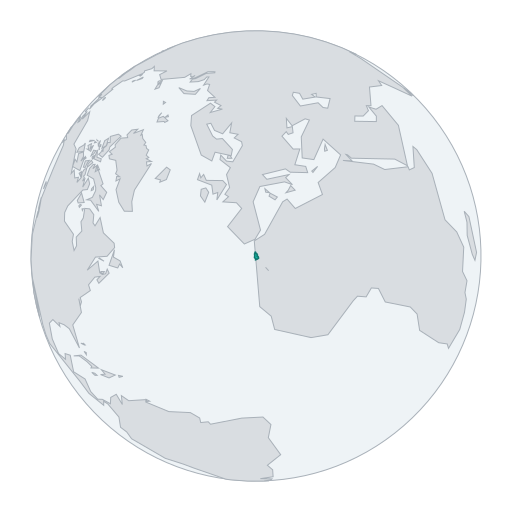 Doukkala - Abda highlighted on a globe, orthographic projection, rotated 319°
{"feature_id": "MAR-1457", "entity_name": "Doukkala - Abda", "entity_type": "Region", "adm_level": 1, "iso_a3": "MAR", "parent_name": "Morocco", "parent_adm1": "", "projection": "orthographic", "projection_center": [-8.625, 32.606], "detail": "fine", "context": "on_globe", "style": "filled", "palette": "teal", "viewbox_px": 512, "rotation_deg": 319, "n_neighbors": 0, "source": "natural_earth", "source_scale": "10m", "svg_char_len": 10326}
<svg xmlns="http://www.w3.org/2000/svg" viewBox="0 0 512 512"><g transform="rotate(319 256 256)"><circle cx="256" cy="256" r="225" fill="#eef3f6" stroke="#a8b0b8"/><path d="M201.8,37.3L194.0,40.0L195.1,40.1L203.5,37.5L206.4,37.1L212.2,35.9L215.0,35.9L209.5,38.3L211.2,38.6L217.0,36.8L223.5,36.2L214.7,38.7L225.1,38.1L217.8,43.3L192.0,52.1L190.5,57.1L170.7,72.5L175.1,71.9L170.4,78.2L173.7,80.1L169.1,83.0L175.8,82.1L179.3,79.1L183.4,77.9L185.7,78.9L180.2,82.5L178.3,82.6L177.9,84.2L174.2,85.7L177.3,85.6L170.4,90.3L180.5,87.3L177.8,92.4L172.3,95.2L168.6,92.6L146.8,94.7L140.1,97.7L134.3,104.0L132.5,119.8L126.8,124.5L122.3,132.5L127.3,130.6L132.7,123.8L140.9,122.9L146.4,115.3L150.6,114.0L158.0,107.7L161.4,111.3L160.7,118.4L154.7,124.1L154.3,127.6L163.6,124.7L156.0,138.4L157.3,153.3L154.8,156.9L143.4,158.5L134.1,151.5L119.3,156.0L133.4,156.1L127.1,166.1L127.9,169.2L130.9,170.7L135.1,168.3L133.9,172.6L119.5,173.5L120.3,169.6L124.9,169.1L120.5,166.2L110.7,167.9L108.3,173.4L96.1,172.0L94.2,176.1L90.5,178.5L94.3,171.9L87.2,184.1L72.5,187.8L62.4,209.6L67.4,188.4L66.1,182.1L63.6,177.1L61.8,180.5L61.0,170.7L56.0,171.1L47.8,185.0L43.0,200.2L44.5,209.0L47.9,204.4L50.7,209.0L42.4,223.7L46.3,236.7L42.3,249.9L42.6,260.2L46.0,263.4L49.2,272.0L53.6,267.4L59.8,268.7L57.7,280.4L62.8,273.0L65.0,281.7L78.6,292.1L77.0,293.9L88.1,316.2L103.7,331.1L107.2,341.3L105.0,345.4L111.2,349.8L111.3,353.1L138.9,369.0L155.6,382.1L156.7,393.0L146.1,401.2L144.3,422.1L127.3,421.4L128.3,428.3L124.1,433.8L113.2,426.9L121.8,434.7L120.2,434.8L114.5,431.0L118.3,434.2L115.0,431.7L101.9,420.3L89.7,408.0L86.8,404.6L69.6,374.6L64.7,365.5L54.8,349.2L42.2,312.3L43.0,304.0L41.4,296.4L46.9,287.6L47.1,270.5L45.7,265.7L43.1,268.8L39.8,250.1L40.9,235.2L42.9,186.6L45.8,177.6L50.0,168.1L72.1,127.3L52.6,160.4L57.1,150.7L64.7,137.3L65.4,136.7L77.1,119.9L84.1,110.8L101.3,93.0L121.1,79.0L115.9,83.4L121.2,80.1L128.1,74.6L131.3,71.9L159.1,57.7L183.4,46.0L186.6,43.3L189.4,43.6L192.6,40.0L200.8,37.6L201.8,37.3ZM58.9,216.0L63.6,237.3L58.0,232.2L59.6,231.6L59.1,224.6L57.0,215.4L52.9,211.8L58.9,216.0ZM67.7,209.6L66.6,206.9L68.1,208.7L67.7,209.6ZM132.3,70.9L127.9,74.6L120.6,80.0L123.9,76.8L132.3,70.9ZM146.6,62.1L145.4,63.4L139.6,66.0L142.1,64.4L146.6,62.1ZM188.3,41.9L184.2,43.5L187.2,42.1L188.3,41.9ZM212.5,35.8L212.7,35.5L215.6,35.1L212.5,35.8ZM155.6,106.3L156.7,107.0L154.8,107.8L155.6,106.3ZM157.7,103.0L154.6,103.4L155.2,101.9L157.1,101.7L157.7,103.0ZM222.5,34.8L227.1,34.4L221.5,35.2L222.5,34.8ZM161.4,102.9L156.6,99.3L157.6,96.8L165.7,94.0L161.4,102.9ZM229.1,34.5L240.3,34.1L241.7,33.3L243.9,35.8L233.7,35.0L226.6,35.9L230.0,34.9L229.1,34.5ZM179.5,77.8L175.8,80.9L176.8,77.5L179.5,77.8ZM179.1,75.9L176.3,68.1L182.9,64.4L182.5,67.5L189.4,62.3L194.0,64.3L191.3,67.6L186.1,69.5L191.8,68.9L179.1,75.9ZM243.3,37.5L245.2,38.0L242.1,38.0L243.3,37.5ZM185.2,77.1L184.0,75.7L189.6,72.3L193.0,74.5L190.1,74.9L185.2,77.1ZM188.9,60.2L193.7,58.3L198.8,59.3L201.3,58.8L194.7,64.0L188.9,60.2ZM190.0,76.2L194.6,75.8L194.0,78.5L186.7,78.3L190.0,76.2ZM189.7,70.5L192.5,69.1L192.1,70.6L189.7,70.5ZM194.5,88.3L193.0,86.3L195.8,84.3L194.5,88.3ZM196.3,75.6L196.5,74.7L197.4,73.7L200.3,74.1L196.3,75.6ZM198.7,64.5L199.8,65.5L201.7,62.4L205.6,63.3L200.4,66.8L204.3,65.7L205.5,66.0L199.9,68.5L198.7,64.5ZM206.0,71.9L200.8,77.1L203.0,81.1L200.5,82.9L197.4,76.3L206.0,71.9ZM202.9,69.6L204.3,71.4L200.5,72.5L197.3,72.1L202.9,69.6ZM210.0,62.8L205.4,60.4L206.7,59.8L210.0,62.8ZM207.3,72.7L208.6,71.5L207.9,72.8L207.3,72.7ZM210.0,65.5L208.2,64.6L209.7,63.9L210.0,65.5ZM212.5,69.8L210.8,71.4L208.6,71.1L212.5,69.8ZM212.0,67.6L214.5,66.8L208.8,70.0L210.9,67.3L212.0,67.6ZM211.8,64.9L212.1,64.2L212.3,65.4L211.8,64.9ZM222.0,70.4L215.4,74.5L210.4,73.6L217.5,69.7L222.0,70.4ZM289.1,33.2L288.9,33.1L268.5,32.0L277.6,32.2L278.3,32.6L283.3,33.2L289.5,33.6L288.5,33.3L312.5,38.7L332.9,44.5L324.8,41.5L340.2,47.0L355.1,53.7L369.4,61.4L383.2,70.1L396.3,79.7L408.6,90.3L420.2,101.8L430.9,114.0L440.7,127.0L449.5,140.7L457.4,155.0L464.1,169.8L460.5,163.0L464.6,175.4L472.6,206.2L477.5,225.0L478.6,237.7L470.5,219.6L463.4,204.1L462.7,209.8L452.5,202.9L441.4,218.0L437.9,214.9L436.2,220.1L428.7,220.7L422.5,215.2L418.9,219.1L435.0,233.5L438.6,229.4L438.9,217.6L442.9,224.0L449.8,225.2L449.2,250.8L429.5,287.2L424.3,273.9L392.2,244.8L391.4,239.6L391.1,239.1L390.5,238.3L390.9,247.2L384.3,240.9L405.0,263.8L409.9,275.2L429.3,288.4L428.2,291.6L433.5,293.1L446.3,276.3L447.1,281.2L443.1,309.1L422.4,352.7L423.3,369.5L418.6,385.6L401.7,403.2L399.0,413.1L389.7,420.7L386.4,426.5L376.5,435.2L361.6,445.1L340.7,452.0L342.6,447.8L337.0,441.3L330.7,419.5L339.5,405.5L339.0,395.7L323.4,375.5L327.1,360.8L322.1,355.8L312.3,359.1L306.2,352.9L299.9,353.6L258.6,362.6L244.0,353.7L221.9,323.7L228.0,311.4L225.6,296.7L264.6,243.5L276.7,245.3L311.7,232.6L316.8,233.4L316.8,245.9L346.5,253.2L351.1,241.3L373.8,241.2L386.2,235.2L383.3,211.8L362.9,221.2L355.2,212.3L368.3,195.8L385.5,188.4L383.1,184.7L368.7,181.4L369.2,172.0L363.4,179.6L368.3,182.2L364.8,187.3L360.1,185.4L360.4,182.0L354.2,182.6L354.2,199.6L359.3,204.0L345.2,212.6L352.3,221.0L349.7,227.0L336.8,215.2L335.4,209.6L314.3,198.8L314.5,205.2L334.4,216.2L329.8,216.3L330.3,226.1L326.2,218.8L304.5,206.1L289.4,213.2L276.4,239.4L266.3,242.7L255.1,239.3L253.8,215.2L276.4,210.7L276.2,203.0L266.5,193.4L274.2,193.2L273.0,189.0L281.0,187.0L287.2,175.2L294.6,172.5L292.1,159.6L295.6,156.7L296.0,165.0L300.3,169.7L318.1,163.8L320.1,160.3L317.0,152.6L322.3,152.4L317.1,145.8L324.9,139.6L311.0,141.9L307.1,134.0L309.0,126.2L305.3,124.2L302.0,137.0L302.9,141.9L307.7,145.3L308.1,160.1L303.1,164.0L293.2,150.8L285.0,155.3L280.9,143.9L292.3,114.9L299.5,107.7L321.9,110.8L323.0,116.3L315.6,117.7L327.0,123.1L323.9,119.4L328.3,119.5L325.6,112.7L328.6,112.5L320.9,106.6L324.3,105.6L329.1,109.3L328.0,99.3L333.6,96.1L331.9,94.0L328.5,92.7L337.9,90.0L336.3,88.6L332.6,88.9L326.8,86.5L320.4,81.5L324.0,80.8L326.8,82.5L338.2,85.5L345.1,90.7L345.9,90.0L340.7,85.4L326.9,81.6L322.0,78.9L328.5,79.8L325.8,79.2L324.5,77.7L326.5,75.7L319.4,74.4L300.2,60.5L302.3,55.9L310.2,57.9L300.6,49.4L303.7,46.2L300.3,46.3L293.4,43.2L292.3,44.1L290.1,43.9L271.8,37.8L270.3,36.4L258.6,35.1L256.8,35.3L257.2,36.2L243.9,35.8L241.7,33.3L245.8,32.8L241.7,32.1L251.7,31.4L258.1,30.9L271.4,31.5L275.3,31.6L273.2,31.4L273.8,31.4L289.1,33.2ZM255.8,270.8L255.9,275.4L255.8,270.8ZM407.1,191.5L415.2,185.8L405.8,175.5L408.1,172.7L404.0,170.5L405.0,174.9L394.2,168.3L395.6,161.8L391.6,156.9L388.7,158.7L387.9,171.9L403.4,181.1L404.0,187.9L407.1,191.5ZM79.1,292.2L80.5,295.8L78.1,294.1L79.1,292.2ZM55.7,236.1L57.4,238.7L57.8,241.8L56.2,240.5L55.7,236.1ZM73.9,255.9L76.6,259.5L73.1,257.8L73.9,255.9ZM64.7,240.4L71.7,253.5L65.1,251.6L60.9,243.5L64.6,246.2L64.7,240.4ZM63.7,215.2L64.5,217.6L63.2,219.2L63.7,215.2ZM68.7,211.1L68.2,210.7L68.5,208.2L68.7,211.1ZM127.9,166.0L129.0,166.1L131.4,168.4L128.9,168.9L127.9,166.0ZM150.2,170.5L147.7,177.5L147.8,172.6L143.8,174.3L139.0,166.6L153.3,158.4L147.7,163.3L150.2,170.5ZM136.5,154.9L137.9,160.2L135.8,154.8L136.5,154.9ZM258.4,169.7L262.8,171.7L262.1,176.9L252.7,181.8L253.5,174.2L258.4,169.7ZM269.1,173.5L261.9,160.0L267.5,156.8L265.6,160.8L270.0,160.1L268.1,166.3L280.4,177.3L280.6,182.7L263.2,188.0L268.8,183.0L264.1,181.1L269.1,173.5ZM233.9,135.9L230.8,131.4L246.8,130.3L247.8,134.7L238.5,139.5L231.8,137.2L233.9,135.9ZM176.7,99.2L174.5,98.6L176.0,97.4L179.1,97.0L176.7,99.2ZM193.5,87.5L187.9,101.2L185.1,101.1L185.1,110.0L177.7,113.2L178.0,107.2L172.3,116.7L169.6,112.5L166.6,119.2L167.8,105.4L165.1,102.5L171.0,104.4L177.8,101.5L179.9,99.3L184.0,91.3L181.6,84.2L188.0,80.7L193.2,80.1L194.7,81.3L190.1,83.1L195.5,83.3L190.0,86.9L193.5,87.5ZM250.0,82.8L243.9,83.1L253.9,86.8L248.4,89.3L249.9,89.6L247.6,93.1L247.3,98.0L244.2,98.7L245.5,100.4L244.0,103.0L244.6,105.6L239.3,107.9L239.7,111.4L237.0,110.6L239.1,116.1L235.1,113.1L232.8,116.5L237.8,117.6L207.5,126.5L197.9,133.5L192.0,141.2L186.0,135.8L187.7,125.4L193.9,114.1L204.0,108.6L199.5,107.5L203.0,104.6L205.1,106.7L204.0,101.8L207.4,100.1L212.9,91.8L209.1,86.5L211.0,83.6L214.2,84.8L213.8,81.1L221.2,81.6L222.7,79.6L231.5,78.5L236.8,82.5L238.1,80.0L244.9,79.4L250.0,82.8ZM224.5,70.2L232.1,73.8L232.8,77.1L217.2,77.8L214.8,79.5L204.8,80.7L204.0,76.0L206.9,76.0L209.5,75.0L208.8,76.9L211.4,74.6L215.5,74.7L218.6,73.1L220.3,74.7L224.5,70.2ZM320.1,227.9L323.5,227.5L328.4,225.6L328.7,232.0L320.1,227.9ZM305.1,219.4L307.9,217.9L310.8,225.5L307.2,226.1L305.1,219.4ZM306.9,211.0L307.8,217.2L305.2,214.2L306.9,211.0ZM298.4,163.4L301.0,161.7L302.3,163.3L301.9,166.4L298.4,163.4ZM278.3,96.2L274.7,95.3L274.9,94.2L269.2,89.9L272.8,88.0L277.7,89.8L278.3,96.2ZM381.3,217.2L379.2,223.1L376.6,222.0L377.9,220.1L381.3,217.2ZM353.8,228.5L361.3,228.8L353.8,230.3L353.8,228.5ZM281.3,93.4L278.5,91.7L282.1,91.8L281.3,93.4ZM275.2,86.4L278.9,86.0L272.6,87.3L275.2,86.4ZM442.5,366.0L424.8,398.0L418.4,402.9L420.3,396.7L428.9,379.0L437.4,368.9L442.5,358.8L442.5,366.0ZM477.9,226.2L479.8,234.0L480.0,238.4L477.9,226.2ZM308.2,78.3L312.1,86.1L317.3,91.2L324.0,93.1L316.3,94.2L308.2,86.2L308.2,78.3ZM300.8,62.5L295.0,61.6L296.3,60.2L297.8,60.3L300.8,62.5ZM298.1,63.2L293.2,65.4L289.2,63.8L293.8,62.3L298.1,63.2ZM287.6,78.5L288.5,80.8L285.6,80.6L287.6,78.5ZM321.2,40.4L319.1,39.7L319.4,39.8L321.2,40.4ZM246.7,37.5L245.3,38.0L244.9,37.3L246.7,37.5ZM289.7,44.5L286.7,44.3L286.3,43.3L289.7,44.5ZM278.1,43.2L280.6,44.4L276.4,43.4L278.1,43.2ZM286.5,47.4L280.9,45.1L288.4,47.0L286.5,47.4Z" fill="#d9dde1" stroke="#a8b0b8" stroke-width="1"/><path d="M253.2,258.6L253.5,258.3L253.6,258.2L253.6,257.9L253.8,257.7L253.9,257.1L253.8,256.9L253.9,256.7L253.9,256.4L253.8,256.2L254.4,255.7L254.8,255.2L255.1,255.0L255.2,254.9L255.6,254.4L256.0,253.9L256.0,253.7L256.3,253.4L256.5,253.4L256.8,253.3L257.0,253.0L257.1,252.9L257.3,252.9L257.7,252.8L258.0,252.6L258.1,252.8L258.2,253.1L258.1,253.3L258.0,253.5L257.9,253.5L257.7,253.7L257.7,253.8L257.8,254.1L257.8,254.5L257.9,254.8L258.0,254.9L258.1,255.0L257.9,255.3L257.8,255.7L257.8,255.9L257.8,256.1L257.6,256.3L257.4,256.4L257.3,256.5L257.1,256.7L256.8,256.9L256.7,256.9L256.6,257.1L256.7,257.4L256.8,257.6L257.2,257.8L257.2,258.2L257.0,258.4L256.6,259.3L256.4,259.4L256.2,259.4L255.8,259.3L255.4,259.3L255.2,259.3L254.8,259.2L254.7,259.0L254.7,258.9L254.6,258.7L254.1,258.7L253.6,258.8L253.5,258.7L253.4,258.7L253.2,258.6L253.2,258.6Z" fill="#14b8a6" stroke="#0f766e" stroke-width="1.5"/></g></svg>